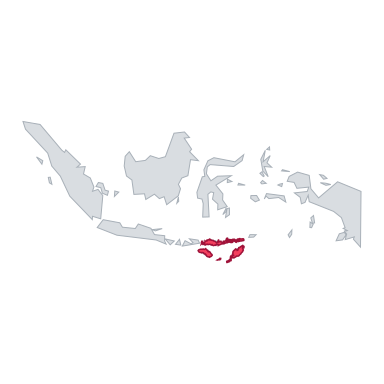 where Nusa Tenggara Timur sits in Indonesia
{"feature_id": "IDN-1235", "entity_name": "Nusa Tenggara Timur", "entity_type": "Province", "adm_level": 1, "iso_a3": "IDN", "parent_name": "Indonesia", "parent_adm1": "", "projection": "natural_earth1", "projection_center": [122.339, -9.496], "detail": "fine", "context": "in_parent", "style": "filled", "palette": "rose", "viewbox_px": 384, "rotation_deg": 0, "n_neighbors": 0, "source": "natural_earth", "source_scale": "10m", "svg_char_len": 9536}
<svg xmlns="http://www.w3.org/2000/svg" viewBox="0 0 384 384"><path d="M129.3,151.7L135.7,161.7L145.4,160.4L150.3,155.7L158.8,158.5L165.4,156.7L174.0,133.2L184.5,132.0L189.5,137.5L184.2,138.1L191.6,149.2L189.6,151.7L198.4,160.7L190.5,159.7L187.9,175.7L181.8,178.0L178.4,184.3L180.5,188.7L178.3,195.8L166.7,204.7L164.1,196.7L159.4,198.6L154.4,194.2L145.8,199.5L144.5,193.8L133.9,194.4L131.9,180.0L126.5,176.0L124.2,166.0L125.2,156.3L129.3,151.7ZM23.0,121.5L40.1,124.5L61.9,150.3L64.6,152.4L65.8,149.8L80.5,164.1L76.9,167.2L85.2,166.6L83.5,174.0L90.3,178.0L93.9,187.0L92.5,191.3L98.0,189.4L102.8,195.6L100.7,218.8L92.5,216.3L92.3,219.6L69.8,196.2L60.3,176.1L51.8,166.1L47.7,153.1L25.5,129.2L23.0,121.5ZM361.0,191.4L360.5,247.1L353.4,239.2L354.3,236.9L345.2,239.6L346.7,234.0L344.3,231.1L345.1,230.7L346.6,230.9L347.4,230.6L343.2,228.4L345.1,227.7L341.4,217.6L333.6,211.4L309.2,201.7L308.2,195.2L305.0,202.4L301.4,203.8L300.2,197.3L294.4,192.9L307.2,191.5L308.8,187.1L296.9,188.3L294.1,182.4L287.2,181.3L289.2,176.4L297.6,172.1L309.2,175.4L310.9,188.8L318.6,197.9L337.6,181.8L361.0,191.4ZM242.1,160.6L233.7,166.5L210.2,164.6L207.3,166.8L206.4,173.8L210.9,180.8L217.6,176.2L231.3,175.7L215.9,185.1L222.9,193.9L222.6,200.0L227.2,206.6L217.7,209.8L217.9,204.1L212.5,199.2L213.7,192.6L210.8,191.9L207.9,194.3L209.1,216.9L202.7,217.1L203.2,203.6L202.0,199.1L197.6,198.1L196.9,192.3L202.3,176.8L204.8,176.4L203.9,169.8L207.9,160.8L213.9,157.7L235.0,161.8L243.7,154.7L242.1,160.6ZM103.2,219.7L119.8,222.8L122.4,227.2L135.3,228.5L138.3,224.0L150.9,228.3L154.5,234.6L164.7,235.7L164.6,241.0L166.1,244.1L156.2,240.0L116.9,235.2L97.2,227.5L103.2,219.7ZM263.1,161.8L270.2,155.6L267.0,162.8L271.7,167.2L264.2,166.5L268.2,176.7L262.8,171.1L260.8,159.3L265.3,150.3L263.1,161.8ZM266.5,193.6L284.1,195.9L285.8,202.1L278.7,197.5L268.9,198.6L266.0,196.1L264.3,199.0L266.5,193.6ZM226.5,242.8L213.6,245.5L204.6,243.5L210.5,239.6L223.1,242.9L227.5,238.4L226.5,242.8ZM189.4,238.8L198.1,240.1L199.6,243.2L182.3,246.1L185.1,240.7L191.0,243.8L193.0,242.6L189.4,238.8ZM242.2,245.6L242.5,251.8L232.8,257.3L233.3,251.3L242.2,245.6ZM102.8,183.4L105.1,190.2L108.5,191.1L107.4,195.3L102.4,193.2L100.8,187.7L96.0,186.5L98.4,182.5L102.8,183.4ZM342.6,239.9L336.1,240.8L339.3,233.8L344.4,232.3L346.0,234.9L342.6,239.9ZM206.1,249.3L210.1,252.2L211.9,255.6L207.9,256.7L198.3,250.5L206.1,249.3ZM256.6,195.5L259.4,200.1L255.3,201.8L250.7,198.3L250.9,195.6L256.6,195.5ZM165.2,238.9L174.3,241.0L170.2,244.8L165.2,238.9ZM179.5,239.3L180.8,245.1L175.5,244.3L179.5,239.3ZM118.8,192.1L114.4,196.5L114.8,191.0L118.8,192.1ZM313.5,215.5L314.6,222.9L312.5,223.3L310.8,217.9L313.5,215.5ZM162.2,228.6L155.3,230.9L152.3,229.6L162.2,228.6ZM229.4,208.0L229.5,214.7L225.5,217.5L227.0,208.6L229.4,208.0ZM36.5,156.9L42.8,160.7L41.9,164.2L36.5,156.9ZM51.9,184.3L49.4,182.8L48.3,177.4L50.2,177.2L51.9,184.3ZM289.5,237.5L288.1,234.8L291.9,229.9L291.7,234.3L289.5,237.5ZM282.5,169.7L289.8,171.6L281.6,170.9L282.5,169.7ZM238.6,183.3L245.2,185.1L237.9,185.0L238.6,183.3ZM226.3,211.3L222.8,214.6L225.9,208.6L226.3,211.3ZM319.7,174.6L323.4,175.3L327.0,178.4L323.6,179.2L319.7,174.6ZM256.1,234.7L253.7,237.1L248.7,237.4L250.0,234.6L256.1,234.7ZM313.2,224.2L311.6,227.7L309.9,227.5L310.1,222.0L313.2,224.2ZM266.2,183.3L261.8,183.9L260.6,182.7L262.5,180.5L266.2,183.3ZM320.3,182.7L325.7,183.2L330.8,184.5L325.9,185.3L320.3,182.7ZM227.4,179.2L231.9,181.5L227.3,182.6L227.4,179.2ZM269.7,150.0L266.7,149.4L269.5,146.9L269.7,150.0ZM238.3,241.1L243.2,239.1L243.8,240.3L238.3,241.1ZM282.5,183.5L281.7,186.6L277.9,185.0L279.8,184.1L282.5,183.5ZM178.7,201.3L176.8,203.3L178.4,196.9L178.7,201.3ZM261.9,171.8L264.2,176.0L263.3,176.6L259.9,173.3L261.9,171.8Z" fill="#d9dde1" stroke="#a8b0b8" stroke-width="1"/><path d="M228.3,240.0L228.2,240.4L227.4,240.6L227.3,241.5L227.0,241.4L226.7,241.2L226.6,241.3L226.6,241.6L227.0,242.2L227.0,242.5L226.7,242.7L224.9,243.2L224.5,243.6L224.0,243.8L222.6,243.9L221.9,243.7L221.6,243.8L220.8,244.4L219.8,244.7L219.1,245.1L218.8,245.1L218.4,244.8L218.1,245.3L217.9,244.7L217.6,244.5L216.3,244.3L216.1,244.5L216.1,245.1L215.9,245.4L214.9,245.2L214.6,245.2L213.8,245.6L213.3,245.6L212.7,245.3L212.1,244.5L211.8,244.6L211.5,245.0L211.0,244.7L210.7,244.7L210.2,244.3L208.8,244.3L208.4,244.6L208.0,244.6L207.8,244.6L207.2,244.1L205.8,244.5L205.5,244.7L205.6,244.9L205.3,245.0L205.2,244.4L204.8,244.3L204.6,243.9L204.6,242.4L205.0,241.7L205.0,241.1L205.4,241.5L205.8,241.3L206.2,240.8L206.5,240.8L206.8,240.9L206.9,240.5L207.1,240.7L207.5,240.0L208.0,239.8L208.8,239.9L209.1,239.5L209.3,239.9L209.5,239.9L209.8,239.7L210.4,239.9L210.4,239.5L211.5,240.3L212.0,240.3L212.7,240.5L213.2,240.4L213.7,241.0L215.4,241.5L216.2,242.4L216.4,242.5L216.8,242.4L217.0,242.7L217.6,242.4L217.6,242.1L217.8,242.2L217.8,241.8L218.0,241.5L218.4,241.9L219.0,241.7L219.3,241.8L219.5,241.6L219.9,241.7L220.3,241.4L220.9,241.2L221.0,241.4L220.9,241.6L221.0,241.9L221.3,241.9L221.8,242.2L222.4,242.8L222.8,242.9L224.2,242.6L224.5,242.3L224.5,242.0L224.3,241.9L224.3,241.7L224.7,241.4L225.1,240.9L226.3,240.6L226.8,240.1L227.2,240.0L227.7,239.4L227.7,239.2L227.2,239.1L226.5,239.5L226.2,239.5L226.2,239.4L226.5,238.6L227.1,238.1L227.9,238.8L227.9,239.2L228.3,240.0ZM237.3,250.4L237.7,250.3L237.9,250.1L238.0,249.3L238.6,248.6L238.8,247.6L239.9,247.4L240.4,247.0L240.5,246.7L241.0,246.5L241.3,246.2L241.9,246.0L242.2,245.8L242.1,246.4L242.3,246.7L242.6,246.7L243.2,246.4L243.5,246.0L244.0,246.4L243.9,247.7L243.6,247.7L243.4,247.9L242.9,247.7L242.6,247.7L242.5,247.9L242.6,248.6L243.0,249.0L243.3,250.2L242.8,250.7L242.7,251.6L241.7,252.5L241.0,253.4L240.9,253.8L239.6,254.8L239.1,255.6L238.5,256.0L238.2,256.1L236.3,256.1L235.7,257.0L234.9,257.2L234.0,257.9L233.8,257.7L233.4,257.8L232.9,257.6L232.6,257.8L232.3,257.5L232.0,257.5L231.6,257.8L231.7,257.2L231.7,256.7L231.9,256.5L232.1,256.2L233.6,255.5L233.7,255.3L233.6,255.1L233.1,254.9L232.8,254.9L232.5,255.1L232.3,254.9L232.4,254.2L232.9,253.5L233.0,253.2L232.8,252.8L233.0,252.4L233.0,251.6L233.2,251.3L233.7,250.9L233.9,250.5L234.4,250.3L235.3,249.2L235.5,249.0L236.1,249.7L236.3,249.7L236.7,249.3L237.0,249.3L237.3,249.8L237.3,250.4ZM211.8,254.3L212.1,254.8L212.2,255.1L212.1,255.4L211.3,256.3L210.6,256.7L210.0,256.6L209.6,256.9L209.6,257.2L209.3,257.3L208.9,256.9L207.7,256.7L207.2,256.5L207.0,256.2L206.6,256.0L206.4,255.7L206.1,255.0L205.8,254.5L205.4,254.4L205.3,254.2L205.2,254.3L205.0,254.0L204.5,253.9L203.8,253.4L203.7,253.0L203.3,252.8L203.3,252.7L202.0,252.5L201.7,252.6L201.6,252.8L201.2,252.6L199.9,252.4L199.3,252.2L198.9,251.9L198.2,250.8L198.3,250.4L198.8,249.8L199.9,249.4L200.6,249.2L201.5,249.3L202.0,249.1L202.5,249.3L203.3,249.0L203.5,249.1L203.6,249.3L204.5,249.4L205.7,248.6L205.8,248.8L206.7,250.0L207.1,250.2L207.3,250.1L207.7,250.3L207.8,250.4L207.9,251.3L208.0,251.6L208.6,251.8L208.9,251.5L209.5,251.6L209.7,252.0L210.3,252.4L210.9,253.7L211.8,254.3ZM243.8,239.4L243.8,240.3L243.7,240.5L241.1,241.0L240.3,241.0L239.5,241.3L239.1,241.2L238.6,241.5L238.4,241.3L238.1,241.4L237.9,241.1L238.3,240.6L238.5,240.1L238.9,239.8L239.3,239.8L239.5,239.5L239.4,239.4L238.6,239.8L238.4,239.8L238.4,239.4L239.0,238.7L239.7,238.6L239.9,239.3L240.5,238.9L242.1,239.0L242.5,238.8L242.8,238.9L243.5,238.9L243.8,239.4ZM234.9,239.5L235.0,239.6L235.0,239.8L233.9,240.0L233.2,241.3L232.9,241.0L232.3,241.6L232.6,242.1L232.4,242.4L232.1,242.4L231.8,242.0L231.4,242.4L231.1,242.6L230.5,242.1L230.2,242.3L230.0,242.2L229.8,242.2L230.7,241.0L231.7,240.5L231.6,240.3L230.8,240.2L231.1,239.8L231.5,239.9L231.9,239.6L232.3,239.6L231.9,240.5L232.1,240.7L232.4,240.7L232.6,240.5L232.4,240.1L232.5,240.0L232.8,240.0L232.7,239.6L232.8,239.4L233.0,239.5L233.3,239.7L234.0,239.1L234.3,239.3L234.9,239.5ZM230.7,259.6L231.2,259.9L231.1,260.5L230.6,260.4L229.9,261.0L229.8,261.4L229.6,261.6L228.0,262.1L227.8,262.3L226.9,262.5L226.8,262.3L226.7,261.3L227.5,261.0L228.4,260.7L228.8,260.3L229.4,259.9L229.5,259.6L229.9,259.2L230.5,258.8L230.9,258.4L231.0,258.6L230.8,258.9L231.0,259.0L230.9,259.5L230.7,259.6ZM237.7,239.4L237.6,239.9L237.7,240.3L237.2,240.8L236.9,241.7L236.6,242.1L235.9,242.2L235.8,241.6L235.6,241.2L235.0,241.5L234.8,241.4L235.3,240.4L235.6,240.2L235.9,240.1L236.3,240.8L236.3,240.6L236.6,240.3L237.4,239.1L237.6,239.1L237.7,239.4ZM230.7,239.8L230.5,240.8L230.2,241.0L229.3,240.9L228.4,241.0L228.2,240.9L228.4,240.4L229.2,239.6L229.8,239.5L230.7,239.8ZM219.8,258.3L220.7,258.4L220.7,259.0L219.9,259.8L218.8,259.8L218.4,259.5L219.4,258.9L219.8,258.3ZM202.7,242.0L202.9,242.3L202.8,242.6L202.5,242.6L202.3,242.4L202.0,242.6L202.1,242.8L202.2,242.7L202.1,243.1L201.9,243.1L201.9,243.3L202.1,243.9L201.9,243.9L201.6,243.7L201.4,243.9L201.6,243.2L201.4,242.9L201.4,242.4L201.5,242.3L201.7,242.1L201.7,241.3L202.0,241.2L202.1,241.6L202.7,241.7L202.8,241.9L202.7,242.0ZM229.2,241.2L229.4,241.3L229.3,241.6L228.1,241.9L227.6,242.7L227.4,242.7L227.2,242.5L227.4,241.9L228.1,241.4L229.2,241.2ZM231.3,255.9L231.8,256.1L231.5,256.5L231.4,256.7L231.1,256.5L231.2,257.2L231.1,257.3L231.1,257.5L230.8,257.2L230.6,257.5L230.4,257.5L230.4,256.9L230.9,256.1L231.3,255.9ZM203.9,242.8L204.4,242.9L204.4,243.0L204.1,243.3L203.8,243.5L203.9,244.0L203.8,244.4L203.4,244.1L203.1,244.2L203.2,243.8L203.3,243.7L203.2,243.6L203.5,243.4L203.3,243.3L203.3,242.6L203.5,242.8L203.6,243.2L203.9,242.8ZM223.4,241.2L223.7,241.3L223.8,241.5L223.7,241.7L223.5,241.8L223.3,241.6L223.3,241.4L223.4,241.2ZM218.6,240.0L218.8,240.2L218.7,240.5L218.3,240.2L218.6,240.0ZM217.5,259.8L218.0,259.8L217.7,260.1L217.2,260.0L217.5,259.8Z" fill="#f43f5e" stroke="#9f1239" stroke-width="1.5"/></svg>